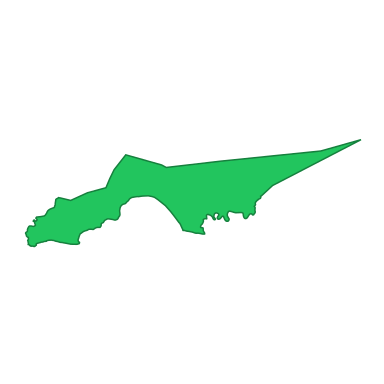 Omoa, Cortés, Honduras, rotated 193°
{"feature_id": "27666195B94440917052753", "entity_name": "Omoa", "entity_type": "district", "adm_level": 2, "iso_a3": "HND", "parent_name": "Honduras", "parent_adm1": "Cortés", "projection": "mercator", "projection_center": [-88.127, 15.658], "detail": "fine", "context": "isolated", "style": "filled", "palette": "green", "viewbox_px": 384, "rotation_deg": 193, "n_neighbors": 0, "source": "geoboundaries", "source_scale": "gbopen_adm2", "svg_char_len": 6073}
<svg xmlns="http://www.w3.org/2000/svg" viewBox="0 0 384 384"><g transform="rotate(193 192 192)"><path d="M264.9,213.3L272.9,196.2L275.1,186.6L276.8,176.8L293.6,167.8L308.3,156.5L318.8,156.6L319.8,156.5L320.9,156.5L321.4,155.6L322.3,155.0L322.8,154.4L323.0,154.1L322.8,151.6L322.7,150.2L322.4,148.8L322.4,148.3L322.7,147.4L322.6,146.2L322.8,145.9L323.1,145.6L324.0,145.1L325.9,143.8L326.9,143.0L327.6,142.2L328.1,141.5L328.4,140.9L328.7,139.9L328.9,138.5L329.3,137.7L329.7,136.6L329.9,136.2L330.6,135.4L333.8,134.0L335.8,133.3L337.8,132.6L338.2,131.7L338.2,131.4L338.1,131.2L337.8,131.0L337.5,130.8L337.0,130.6L336.8,130.4L336.7,130.2L336.8,129.6L336.9,129.4L337.4,128.6L337.6,128.5L337.8,128.4L338.1,128.4L338.4,128.6L339.3,129.2L339.6,129.1L339.8,129.0L340.0,128.7L340.1,128.1L340.1,127.8L339.9,127.7L339.7,127.7L339.4,127.9L339.2,127.9L338.8,127.6L338.7,127.4L338.3,126.4L337.1,124.5L337.1,124.4L337.4,123.9L337.8,123.4L338.2,123.1L338.7,122.8L339.2,122.7L341.0,122.7L341.9,122.5L342.6,122.3L343.0,121.9L343.2,121.6L343.7,120.0L343.8,119.4L343.9,118.4L343.6,117.1L343.6,116.5L343.8,116.2L344.6,115.4L344.8,115.0L344.9,114.6L344.8,114.3L344.7,114.0L343.8,113.1L343.6,112.2L343.4,111.9L342.8,111.5L342.3,111.1L341.9,111.0L341.4,111.0L341.2,110.9L340.7,109.1L341.1,108.3L341.2,107.9L340.9,107.5L340.5,106.5L339.9,105.2L339.8,104.8L339.8,104.0L338.9,104.0L337.5,103.1L337.3,103.1L337.2,103.3L336.7,103.0L335.1,103.4L334.4,103.5L333.6,103.3L333.3,103.5L333.1,103.8L332.7,103.9L332.5,104.3L331.8,105.1L331.9,105.3L331.9,105.6L332.1,106.2L331.9,106.6L331.7,106.8L331.2,107.1L330.5,107.6L329.8,107.9L329.0,108.4L328.4,108.6L327.9,109.1L326.8,109.5L326.0,109.7L325.7,110.0L325.4,110.3L325.0,110.5L322.9,111.2L322.8,111.3L322.8,111.7L322.7,111.8L322.3,111.9L321.2,112.6L320.7,112.7L320.4,112.9L320.0,112.9L319.6,113.2L319.0,113.2L318.6,113.4L318.1,113.5L317.3,113.5L315.5,113.7L314.7,113.5L313.7,113.4L311.5,113.5L310.7,113.4L309.0,113.3L308.3,113.4L307.7,113.5L307.1,113.6L305.5,113.6L304.2,113.7L298.4,113.9L295.8,114.4L292.6,115.1L291.8,115.4L291.0,115.9L290.5,116.1L290.3,116.4L290.2,116.8L290.2,117.3L290.3,117.7L290.5,117.8L291.2,117.9L291.9,118.7L292.0,118.9L292.3,120.2L292.1,121.2L292.0,123.2L291.9,124.0L291.6,125.8L291.4,126.3L290.9,126.7L289.4,128.5L288.7,129.2L287.6,130.0L285.7,131.0L285.0,131.6L284.5,132.1L284.2,132.4L283.6,132.6L282.5,132.9L281.5,133.1L280.3,133.2L279.8,133.3L279.5,133.5L278.2,135.0L277.7,135.4L277.1,135.8L276.0,136.3L273.7,136.8L273.2,137.8L273.0,138.5L273.0,139.1L273.2,139.9L273.3,140.4L273.3,140.6L272.8,141.3L272.5,141.6L272.0,141.9L271.5,142.4L270.8,144.5L270.5,144.9L268.7,146.5L268.2,146.8L267.5,147.0L266.8,147.1L265.7,147.2L262.8,147.4L261.7,147.3L260.8,147.3L260.2,147.5L259.6,147.9L258.7,148.5L258.4,148.9L258.2,149.3L257.6,151.7L257.2,152.3L257.1,153.0L257.1,153.7L257.3,154.4L257.6,155.4L258.3,157.3L258.4,158.2L258.4,159.3L258.5,160.1L258.4,161.0L258.2,162.0L257.9,162.7L257.4,163.5L256.9,164.1L256.5,164.5L255.6,165.0L254.8,165.4L254.2,165.9L253.9,166.4L253.3,167.6L252.0,169.3L251.6,170.6L251.2,171.4L250.6,172.0L249.5,173.1L245.5,174.8L244.4,175.2L242.9,175.5L239.9,176.7L238.6,177.1L235.0,178.1L233.4,178.5L232.3,178.5L230.1,178.6L228.7,178.5L227.7,178.4L227.1,178.3L223.3,176.8L222.3,176.3L214.8,172.7L213.7,171.9L208.5,168.2L204.9,165.3L203.1,163.8L201.9,162.8L197.7,159.2L197.2,159.0L196.9,158.8L196.5,158.3L195.4,157.1L194.9,156.3L192.7,153.5L192.4,153.1L192.3,152.7L192.1,152.5L191.9,152.5L191.5,152.7L190.9,152.8L188.1,152.7L186.2,152.9L183.6,153.0L182.5,153.0L179.7,152.7L178.5,152.8L177.1,153.2L176.5,153.3L174.4,153.4L172.7,153.4L171.8,153.5L170.8,153.7L170.3,153.9L170.2,154.0L170.4,154.6L170.6,155.0L171.8,156.2L172.3,156.9L172.5,157.4L172.8,158.6L173.1,159.4L173.6,159.5L174.3,159.5L174.7,159.5L175.1,159.3L175.3,159.3L175.5,159.4L175.7,159.5L175.8,159.8L175.8,160.0L175.9,161.0L175.8,161.4L175.5,162.1L174.9,163.0L174.7,163.4L174.5,164.3L174.3,165.4L174.3,166.0L174.8,167.7L174.1,168.4L173.6,168.8L172.5,169.1L171.8,169.1L171.6,169.3L171.7,169.6L172.1,170.7L172.6,172.3L172.6,172.6L172.5,172.8L172.4,173.1L172.2,173.3L171.8,173.6L171.3,173.8L171.0,173.8L170.6,173.6L170.4,173.7L169.8,173.6L169.0,173.5L168.6,173.4L167.5,172.9L166.7,172.4L165.6,171.0L165.1,170.5L164.8,170.2L164.5,170.1L164.2,170.0L163.7,170.0L163.4,170.2L163.2,170.4L163.1,170.7L163.1,170.9L163.2,171.1L163.6,171.4L164.5,172.2L165.2,173.0L165.3,173.3L165.3,173.7L165.3,174.9L165.2,175.5L165.1,175.9L164.8,176.3L164.5,176.6L164.2,176.9L163.9,177.0L163.5,177.1L162.9,177.1L162.0,176.9L161.5,176.8L161.1,176.6L160.9,176.3L160.8,175.8L160.8,175.2L161.4,173.8L161.5,173.2L161.6,172.6L161.5,172.3L161.4,172.0L161.2,171.8L160.9,171.6L160.4,171.4L160.0,171.4L159.5,171.6L158.9,172.0L158.6,172.3L158.0,173.3L157.4,174.5L157.1,175.0L156.8,175.3L156.4,175.4L156.1,175.3L155.7,175.1L154.9,173.9L154.0,172.7L153.5,172.2L153.0,171.7L152.5,171.5L152.0,171.3L151.3,171.4L150.8,171.5L150.5,171.6L150.2,171.8L149.8,172.4L149.7,173.2L149.7,173.9L149.8,174.1L151.7,176.1L152.3,177.0L152.5,177.7L152.6,178.6L152.6,179.2L152.5,179.7L152.4,180.2L152.2,180.7L152.0,181.0L151.8,181.4L151.4,181.7L151.1,181.8L148.8,181.8L146.5,181.6L144.9,181.6L144.1,181.8L139.7,183.0L139.1,183.1L138.3,183.1L137.7,182.9L137.4,182.6L137.2,182.2L136.9,181.2L136.2,179.7L135.8,179.1L135.4,178.7L134.9,178.3L134.3,178.1L133.6,178.2L133.1,178.5L132.6,179.0L132.2,179.8L131.6,181.6L131.1,182.8L130.8,183.3L130.4,183.7L129.8,184.0L129.1,184.1L128.9,184.1L127.9,183.3L127.5,183.5L127.0,183.5L126.8,183.7L126.8,183.8L126.8,184.1L126.5,184.6L126.2,185.1L125.9,186.0L125.9,186.5L125.9,186.8L126.1,187.3L126.6,188.4L126.8,189.9L127.0,191.0L127.3,191.4L127.9,191.9L128.1,192.1L127.5,193.2L127.3,193.7L127.3,194.1L127.8,195.2L127.9,195.5L127.8,196.1L127.7,196.3L127.5,196.7L127.5,197.0L127.3,197.3L127.1,197.5L126.6,198.6L126.2,198.8L126.0,199.0L125.9,199.2L125.9,199.6L124.3,200.9L124.0,201.2L123.8,201.7L123.8,202.3L123.9,202.9L124.2,203.3L123.4,204.0L114.9,216.5L39.1,281.0L75.8,260.9L171.0,228.5L222.6,210.1L227.6,211.5L264.9,213.3Z" fill="#22c55e" stroke="#15803d" stroke-width="1.5"/></g></svg>